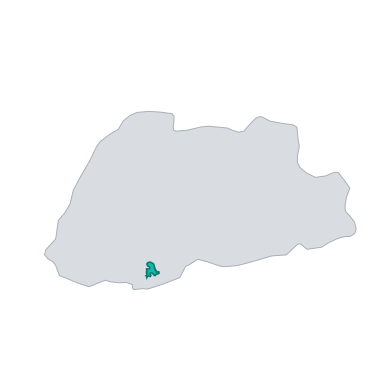 location of Dorona, Daga, Bhutan, rotated 350°
{"feature_id": "84629894B2198234836682", "entity_name": "Dorona", "entity_type": "district", "adm_level": 2, "iso_a3": "BTN", "parent_name": "Bhutan", "parent_adm1": "Daga", "projection": "robinson", "projection_center": [89.836, 26.874], "detail": "fine", "context": "in_parent", "style": "filled", "palette": "teal", "viewbox_px": 384, "rotation_deg": 350, "n_neighbors": 0, "source": "geoboundaries", "source_scale": "gbopen_adm2", "svg_char_len": 4654}
<svg xmlns="http://www.w3.org/2000/svg" viewBox="0 0 384 384"><g transform="rotate(350 192 192)"><path d="M305.7,164.3L305.2,166.8L302.6,173.4L300.9,180.5L302.3,186.4L308.3,193.4L316.2,199.0L326.3,199.4L335.6,197.3L339.3,198.1L344.4,207.5L348.1,215.6L343.2,223.9L340.6,231.2L339.7,236.4L340.3,238.7L343.3,242.9L346.8,250.0L347.3,256.6L345.2,261.0L340.4,263.2L335.3,262.5L331.0,262.6L325.8,263.4L317.5,265.8L309.9,268.9L295.5,268.4L289.7,261.9L287.0,261.8L273.9,270.3L259.6,268.8L233.6,271.6L222.8,272.3L211.6,271.3L206.0,269.5L195.5,263.6L186.0,259.3L176.3,263.2L172.9,264.0L165.2,274.1L148.4,277.5L131.6,279.9L126.7,278.6L117.2,278.0L116.9,275.6L117.2,273.3L115.0,271.5L111.2,269.6L104.6,268.8L96.1,266.3L91.3,263.8L74.1,267.4L64.1,262.1L52.7,254.7L47.0,251.5L44.9,240.2L42.9,236.5L38.4,232.7L35.9,228.1L38.0,223.5L49.3,214.8L50.2,212.8L55.5,196.6L62.8,190.7L69.9,182.6L75.4,169.6L85.9,156.3L97.4,142.6L105.3,131.5L110.5,126.3L121.3,120.8L130.3,117.5L136.6,110.1L144.1,105.9L151.9,104.1L163.3,105.1L174.2,107.7L186.0,111.4L187.4,114.4L186.4,119.7L184.7,125.1L184.6,127.8L186.5,129.3L198.1,130.3L212.3,129.5L220.3,130.2L238.1,135.2L243.3,138.7L248.7,141.3L254.0,140.9L260.7,135.2L267.8,130.3L272.2,129.5L275.3,131.1L281.0,135.7L292.7,140.1L303.2,143.4L306.6,146.5L305.5,159.8L305.7,164.3Z" fill="#d9dde1" stroke="#a8b0b8" stroke-width="1"/><path d="M145.4,266.1L145.3,265.9L145.3,265.7L145.3,265.4L145.4,265.2L145.6,265.1L145.5,264.9L145.4,264.7L145.0,264.8L144.9,264.8L144.7,264.8L144.6,264.7L144.4,264.8L144.2,264.8L144.0,264.7L143.9,264.5L143.8,264.4L143.7,264.4L143.6,264.5L143.4,264.6L143.1,264.5L143.0,264.4L142.9,264.3L142.9,264.2L143.0,264.2L143.2,263.9L143.0,263.7L143.0,263.4L142.9,263.4L142.7,263.3L142.7,263.2L142.8,263.0L142.9,262.9L142.7,262.8L142.6,262.7L142.4,262.6L142.2,262.5L142.2,262.4L142.3,262.2L142.4,261.9L142.4,261.7L142.2,261.6L142.1,261.4L142.1,261.2L141.9,261.0L141.9,260.9L142.0,260.7L141.9,260.5L141.9,260.4L142.0,260.4L141.9,260.2L142.0,259.9L142.2,259.7L142.1,259.4L141.9,259.3L141.9,259.2L141.9,258.9L142.0,258.6L141.8,258.4L141.8,258.2L142.0,258.0L142.0,257.9L141.9,257.4L141.9,257.1L141.7,257.0L141.7,256.9L141.8,256.6L141.8,256.4L141.7,256.3L141.5,256.1L141.4,255.9L141.3,255.7L141.2,255.6L140.8,255.4L140.7,255.4L140.5,255.1L140.4,254.9L140.2,254.8L140.0,254.7L139.8,254.7L139.7,254.6L139.5,254.4L139.3,254.2L139.2,254.0L139.0,253.9L138.8,253.9L138.3,253.7L138.2,253.7L137.8,253.7L136.9,253.8L136.6,253.8L136.3,253.8L136.2,253.9L135.9,254.0L135.6,254.3L135.6,254.5L135.4,254.6L135.3,254.8L135.1,255.0L135.0,255.4L135.0,255.6L135.0,255.8L135.2,256.1L135.3,256.2L135.3,256.3L135.4,256.5L135.4,256.8L135.4,257.0L135.5,257.1L135.5,257.3L135.8,257.5L136.0,257.5L136.3,257.7L136.4,257.9L136.6,258.0L136.8,258.1L136.9,258.3L137.0,258.4L137.1,258.6L137.2,259.0L137.3,259.2L137.3,259.3L137.4,259.5L137.1,259.9L136.9,260.1L136.6,260.0L136.3,260.2L136.1,260.2L135.9,260.2L135.7,260.2L135.2,260.1L135.0,259.9L134.8,259.9L134.7,259.8L134.4,259.8L134.2,259.8L133.9,259.9L133.9,260.0L133.7,260.0L133.7,260.3L133.8,260.4L133.8,260.5L133.8,260.8L133.8,261.0L133.9,261.3L134.0,261.4L134.0,261.5L134.0,261.8L134.0,262.0L133.9,262.1L133.7,262.1L133.4,262.3L133.4,262.5L133.3,262.8L133.5,262.8L133.6,263.0L133.4,263.4L133.5,263.5L133.6,263.4L133.7,263.5L133.6,263.8L133.6,264.0L133.4,264.0L133.3,263.9L133.2,263.9L133.1,264.0L133.2,264.5L133.2,264.8L133.3,265.0L133.5,265.2L133.5,265.4L133.4,265.5L133.2,265.7L133.1,265.8L133.1,266.0L132.9,266.1L132.7,266.3L132.5,266.5L132.4,266.5L132.5,266.6L132.6,266.8L132.6,267.0L132.4,267.2L132.4,267.3L132.4,267.6L132.5,267.8L132.6,268.1L132.7,268.3L132.7,268.5L132.9,268.2L133.1,268.0L133.2,267.9L133.3,267.8L133.3,267.6L133.5,267.5L133.8,267.4L134.0,267.3L134.3,267.2L134.5,267.2L134.6,267.3L134.8,267.4L135.0,267.4L135.3,267.5L135.5,267.6L135.8,267.9L136.1,268.1L136.3,268.1L136.4,267.9L136.3,267.6L136.3,267.4L136.6,267.0L136.7,266.9L136.8,266.8L136.9,266.7L137.0,266.7L136.8,266.3L136.8,266.1L136.7,265.6L136.5,265.4L136.6,265.2L136.7,264.9L136.8,264.7L137.4,264.5L137.5,264.5L137.8,264.6L138.0,264.7L138.1,264.8L138.3,264.9L138.7,265.0L138.9,265.0L139.0,265.0L139.2,265.3L139.3,265.6L139.3,265.8L139.3,266.0L139.5,266.4L139.5,266.5L139.9,266.8L140.1,267.0L140.4,267.2L140.4,267.3L140.5,267.6L140.5,267.8L140.8,267.8L141.2,268.0L141.3,268.0L141.4,267.9L141.5,267.6L141.6,267.4L141.8,267.3L142.0,267.2L142.3,267.0L142.5,267.0L142.6,266.9L142.8,266.6L143.0,266.5L143.1,266.4L143.2,266.5L143.3,266.6L143.4,266.8L143.6,266.8L143.9,266.8L144.0,266.8L144.4,266.7L144.5,266.6L144.8,266.6L145.0,266.6L145.1,266.4L145.3,266.2L145.4,266.1Z" fill="#14b8a6" stroke="#0f766e" stroke-width="1.5"/></g></svg>